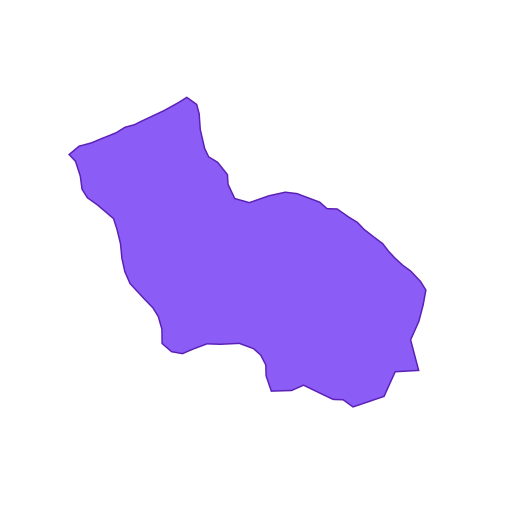 Krini, Cyprus, rotated 328°
{"feature_id": "46923920B47600547023009", "entity_name": "Krini", "entity_type": "district", "adm_level": 2, "iso_a3": "CYP", "parent_name": "Cyprus", "parent_adm1": "", "projection": "albers", "projection_center": [33.246, 35.277], "detail": "fine", "context": "isolated", "style": "filled", "palette": "violet", "viewbox_px": 512, "rotation_deg": 328, "n_neighbors": 0, "source": "geoboundaries", "source_scale": "gbopen_adm2", "svg_char_len": 1117}
<svg xmlns="http://www.w3.org/2000/svg" viewBox="0 0 512 512"><g transform="rotate(328 256 256)"><path d="M333.3,439.2L342.7,409.0L359.5,397.7L371.8,386.1L382.0,374.9L382.0,364.7L379.2,350.8L375.5,341.6L372.7,331.4L370.9,322.1L370.0,312.8L365.4,300.8L361.7,290.6L359.8,281.3L355.2,272.0L349.7,259.1L341.3,253.5L338.6,244.2L323.8,224.8L314.6,217.4L298.9,211.8L278.6,207.2L268.4,196.0L270.3,180.3L274.9,171.9L273.1,156.2L268.4,146.9L269.4,137.7L275.8,119.1L283.2,105.2L286.0,96.0L281.4,84.8L271.2,84.8L254.6,83.9L231.5,81.1L222.3,80.2L213.1,77.4L202.9,77.4L187.3,74.6L176.2,72.8L164.2,69.1L151.3,70.9L153.1,80.2L149.4,95.0L143.9,107.1L143.9,117.3L148.5,128.4L155.0,148.8L152.2,159.9L147.6,173.8L141.1,186.8L136.5,199.7L134.6,212.7L138.3,232.2L141.1,245.2L141.1,255.4L137.4,268.3L130.0,280.4L133.7,292.4L142.0,299.9L148.5,300.8L154.0,301.7L163.2,303.6L167.9,304.5L178.9,311.9L195.5,321.2L204.8,333.2L207.5,342.5L206.6,353.6L201.1,362.9L197.4,378.7L214.9,388.9L227.8,390.7L238.9,408.3L245.4,418.5L253.7,424.1L258.3,435.4L290.2,442.9L312.7,427.9L333.3,439.2Z" fill="#8b5cf6" stroke="#5b21b6" stroke-width="1.5"/></g></svg>